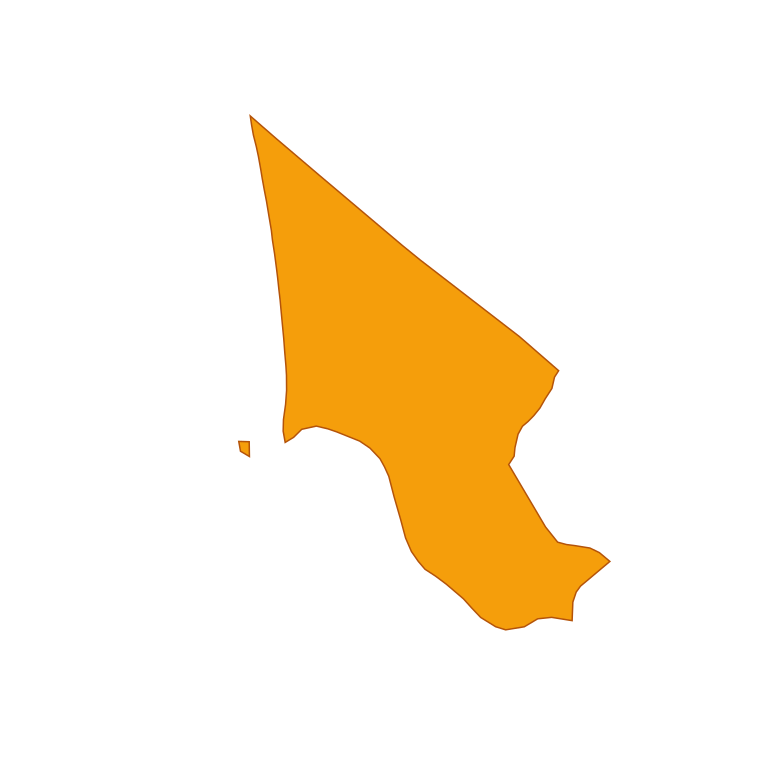 outline of Balneário Barra do Sul, Santa Catarina, Brazil, rotated 150°
{"feature_id": "56859067B13667370892418", "entity_name": "Balneário Barra do Sul", "entity_type": "district", "adm_level": 2, "iso_a3": "BRA", "parent_name": "Brazil", "parent_adm1": "Santa Catarina", "projection": "equal_earth", "projection_center": [-48.641, -26.454], "detail": "fine", "context": "isolated", "style": "filled", "palette": "amber", "viewbox_px": 768, "rotation_deg": 150, "n_neighbors": 0, "source": "geoboundaries", "source_scale": "gbopen_adm2", "svg_char_len": 1238}
<svg xmlns="http://www.w3.org/2000/svg" viewBox="0 0 768 768"><g transform="rotate(150 384 384)"><path d="M365.8,683.0L369.2,674.4L372.6,665.0L375.9,653.4L379.0,643.8L383.4,631.6L386.8,622.6L390.6,612.0L394.4,601.0L399.7,586.9L404.8,573.2L408.7,564.3L413.6,551.6L419.5,537.4L422.9,529.4L427.6,518.8L432.1,508.4L435.8,500.4L443.0,484.7L448.3,473.1L453.9,461.5L459.9,448.7L464.1,440.3L471.6,427.1L479.4,415.6L488.9,403.4L494.9,393.6L498.8,382.8L488.9,383.0L477.9,385.9L463.7,381.4L455.0,373.2L449.0,366.3L433.6,346.7L428.2,335.5L424.8,321.4L425.0,311.9L426.0,301.7L431.7,281.1L437.3,258.5L442.3,239.9L444.0,225.2L443.0,213.2L441.1,203.0L435.5,192.0L430.1,179.4L422.6,158.2L420.0,146.0L417.0,133.5L408.7,118.0L401.6,110.3L383.9,103.6L368.3,103.8L355.5,98.1L339.4,85.0L329.5,100.7L321.6,107.7L314.9,110.7L277.1,117.4L281.8,130.3L287.7,139.0L299.5,148.6L306.2,153.7L312.7,160.2L315.6,179.4L316.3,251.9L307.4,256.4L302.4,263.4L293.0,273.5L285.2,278.2L278.0,279.5L270.1,281.7L261.0,285.2L251.6,290.7L240.8,296.2L232.9,304.7L226.1,308.2L243.0,357.3L290.8,473.7L298.8,494.7L335.6,596.9L354.4,649.7L360.8,668.3L365.8,683.0ZM541.9,397.5L536.8,388.5L529.6,401.4L538.5,406.9L541.9,397.5Z" fill="#f59e0b" stroke="#b45309" stroke-width="1.5"/></g></svg>